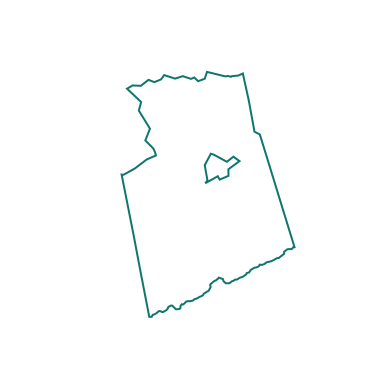 outline of Rockingham, Virginia, United States of America, rotated 218°
{"feature_id": "52423323B95722418747105", "entity_name": "Rockingham", "entity_type": "district", "adm_level": 2, "iso_a3": "USA", "parent_name": "United States of America", "parent_adm1": "Virginia", "projection": "natural_earth1", "projection_center": [-78.991, 38.528], "detail": "fine", "context": "isolated", "style": "outline", "palette": "teal", "viewbox_px": 384, "rotation_deg": 218, "n_neighbors": 0, "source": "geoboundaries", "source_scale": "gbopen_adm2", "svg_char_len": 2029}
<svg xmlns="http://www.w3.org/2000/svg" viewBox="0 0 384 384"><g transform="rotate(218 192 192)"><path d="M77.2,211.6L124.1,244.3L153.0,264.5L174.0,279.1L179.9,278.0L203.4,298.9L224.9,316.7L227.1,312.4L232.0,307.7L232.1,306.9L235.4,305.4L236.9,303.6L254.1,295.9L251.7,289.1L255.4,283.1L260.7,283.6L262.5,280.5L270.6,277.6L275.2,270.9L285.9,267.0L285.7,261.7L289.3,255.4L295.3,253.6L297.7,244.2L304.5,239.3L306.8,233.4L287.5,231.6L284.0,223.4L264.1,216.0L260.5,203.9L249.1,202.4L245.7,200.6L242.9,198.6L247.7,189.8L251.6,175.1L256.6,163.4L258.2,162.4L210.8,121.5L187.5,101.0L148.8,67.3L147.5,68.3L146.9,69.1L147.3,70.8L147.2,71.2L146.2,72.5L145.3,75.1L145.0,76.6L145.0,77.2L144.9,77.5L144.5,78.0L143.2,78.8L141.7,78.9L140.9,79.7L139.5,83.1L139.3,85.2L139.7,85.7L139.8,87.2L138.5,89.7L137.9,90.2L136.6,90.2L132.5,89.7L131.7,90.3L129.9,92.2L129.7,93.3L130.1,94.2L130.6,94.7L130.9,95.2L131.0,96.8L130.9,97.3L130.2,97.4L129.7,98.0L129.3,99.7L129.2,101.6L129.1,102.1L128.0,103.5L126.8,104.3L124.4,107.0L124.3,108.1L124.0,109.1L123.2,110.2L122.2,112.0L121.5,113.9L120.4,115.9L119.8,117.6L120.1,119.2L118.1,124.5L118.2,125.4L118.3,125.7L118.7,128.3L119.6,129.3L120.4,129.8L120.7,130.7L119.6,135.6L118.7,137.3L118.1,139.9L118.1,141.1L113.9,142.4L112.3,141.1L109.6,140.9L109.0,141.0L106.6,142.9L106.2,143.6L105.5,146.4L104.9,147.1L104.8,147.3L104.6,147.8L104.4,148.4L104.2,149.5L103.6,149.8L102.6,150.9L101.4,154.2L101.3,154.3L99.9,156.2L98.7,159.9L98.6,160.6L99.0,161.7L97.5,163.7L97.6,166.3L97.8,166.6L97.6,167.2L96.2,170.7L94.9,172.2L94.7,172.5L93.8,174.2L93.6,175.2L93.9,176.1L93.8,176.6L92.7,177.2L92.6,177.3L92.0,177.6L90.7,179.7L89.7,183.0L88.2,184.6L86.8,186.5L85.7,188.7L84.3,192.2L83.0,193.5L81.4,200.1L82.6,201.6L82.3,202.8L81.8,204.7L81.7,205.2L81.5,205.7L80.0,207.1L78.8,207.8L78.1,208.9L78.3,210.5L77.2,211.6ZM173.2,227.2L177.8,218.8L181.4,220.3L186.9,207.1L187.0,210.7L198.5,221.0L200.7,233.8L197.5,234.9L183.1,237.3L181.1,245.3L173.6,245.6L177.3,232.3L173.2,227.2Z" fill="none" stroke="#0f766e" stroke-width="2"/></g></svg>